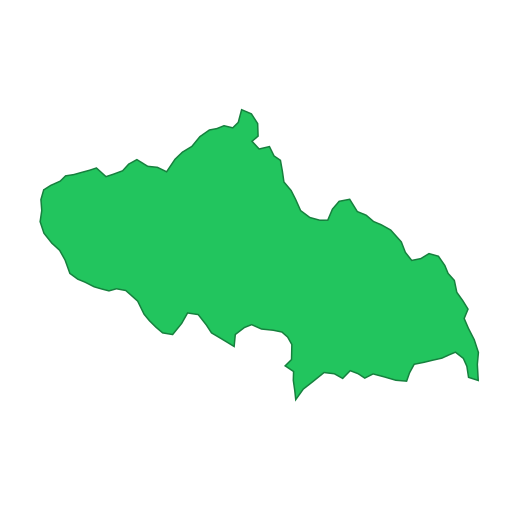 the district of Juatuba, Minas Gerais, Brazil, rotated 354°
{"feature_id": "56859067B43711493221364", "entity_name": "Juatuba", "entity_type": "district", "adm_level": 2, "iso_a3": "BRA", "parent_name": "Brazil", "parent_adm1": "Minas Gerais", "projection": "natural_earth1", "projection_center": [-44.35, -19.955], "detail": "fine", "context": "isolated", "style": "filled", "palette": "green", "viewbox_px": 512, "rotation_deg": 354, "n_neighbors": 0, "source": "geoboundaries", "source_scale": "gbopen_adm2", "svg_char_len": 1748}
<svg xmlns="http://www.w3.org/2000/svg" viewBox="0 0 512 512"><g transform="rotate(354 256 256)"><path d="M355.1,209.4L344.4,210.3L336.9,217.4L331.1,227.9L323.2,227.1L313.5,223.3L305.1,215.5L301.3,203.8L297.8,194.6L291.5,185.3L291.1,174.5L290.3,163.4L284.4,158.4L280.8,148.6L270.3,149.9L264.0,141.5L270.6,137.0L271.5,124.5L266.3,114.2L257.0,109.0L252.3,121.3L246.3,126.1L237.8,123.1L230.4,125.2L222.8,125.8L212.7,131.4L203.7,140.3L193.7,145.0L185.6,151.3L175.9,162.9L167.2,157.5L157.7,155.5L147.6,147.7L139.0,151.3L132.3,157.3L122.5,159.8L115.1,161.4L106.5,151.8L99.6,153.3L91.5,154.6L83.3,156.0L75.0,156.4L69.1,161.1L59.3,164.3L51.8,168.0L48.0,177.4L47.7,188.4L44.9,199.3L47.5,211.2L54.3,221.9L61.3,229.8L65.7,240.0L69.1,253.9L76.3,260.4L82.8,263.9L91.8,269.7L98.9,272.6L106.1,275.3L113.8,274.0L122.9,276.7L133.6,288.5L138.6,302.2L143.3,309.3L149.1,316.4L155.1,322.7L164.9,325.4L175.0,315.3L182.0,305.5L192.4,308.2L199.4,319.4L203.7,327.8L212.7,334.5L224.8,343.7L227.2,331.9L237.0,325.9L244.5,323.8L253.8,329.2L265.3,331.6L273.8,334.3L279.0,339.9L282.4,347.8L280.5,362.7L273.5,368.3L281.3,374.8L280.1,383.5L280.5,394.2L280.5,403.0L289.1,393.3L300.1,386.4L311.5,379.0L321.6,381.3L329.4,386.8L337.7,379.9L345.2,383.7L351.4,388.8L360.1,385.5L371.1,389.7L382.1,394.2L392.7,396.2L396.5,388.2L402.0,380.2L411.9,379.3L420.8,378.1L430.2,377.0L437.3,374.6L444.3,372.5L451.5,379.5L454.2,387.8L454.7,398.9L464.0,403.0L464.8,386.9L467.1,375.2L464.3,362.1L459.7,350.2L456.5,339.9L461.3,331.0L457.0,322.1L451.9,313.1L450.7,301.0L445.2,293.4L442.8,285.2L437.4,275.3L428.3,271.7L419.7,275.8L410.4,276.7L404.9,268.0L402.0,257.2L392.7,244.3L384.1,238.2L376.5,234.0L369.9,227.0L361.4,222.4L355.1,209.4Z" fill="#22c55e" stroke="#15803d" stroke-width="1.5"/></g></svg>